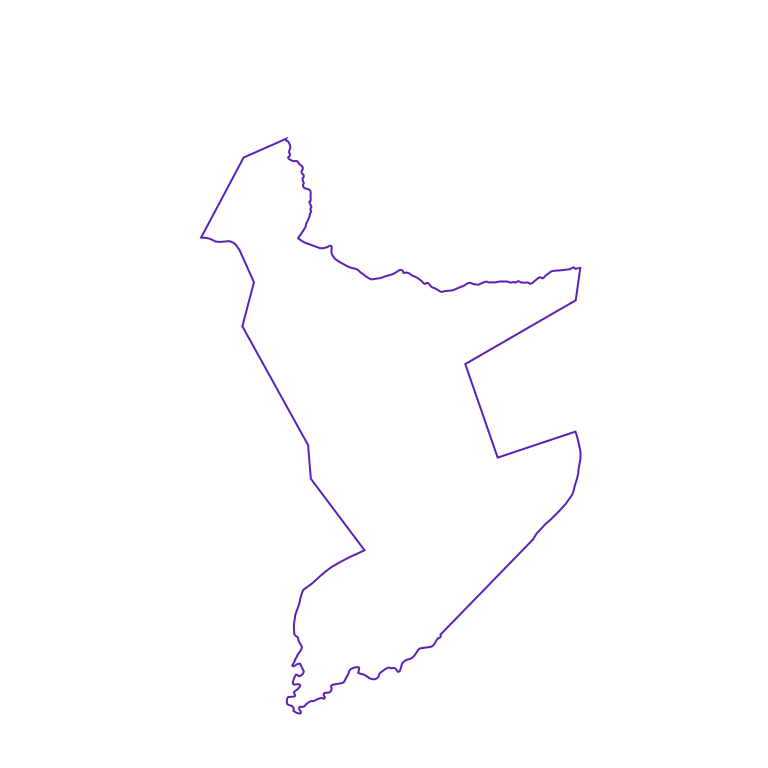 Chinacla, La Paz, Honduras, rotated 244°
{"feature_id": "27666195B76416581203448", "entity_name": "Chinacla", "entity_type": "district", "adm_level": 2, "iso_a3": "HND", "parent_name": "Honduras", "parent_adm1": "La Paz", "projection": "natural_earth1", "projection_center": [-87.961, 14.181], "detail": "fine", "context": "isolated", "style": "outline", "palette": "violet", "viewbox_px": 768, "rotation_deg": 244, "n_neighbors": 0, "source": "geoboundaries", "source_scale": "gbopen_adm2", "svg_char_len": 6166}
<svg xmlns="http://www.w3.org/2000/svg" viewBox="0 0 768 768"><g transform="rotate(244 384 384)"><path d="M647.3,403.5L649.1,357.1L595.8,283.8L595.0,285.0L594.0,286.9L592.9,288.6L591.5,290.5L587.3,294.1L585.9,295.0L583.5,299.1L582.3,302.1L580.6,306.8L579.4,308.5L576.7,310.8L573.5,312.0L569.6,312.5L568.3,312.9L532.5,311.7L497.9,282.0L362.2,289.0L357.8,287.2L330.9,276.7L243.1,293.6L243.5,276.5L243.2,266.7L242.5,256.6L241.1,249.1L238.9,240.8L236.3,232.2L234.4,221.1L229.8,216.4L223.1,211.0L218.5,206.2L215.3,203.0L206.8,197.3L205.7,196.7L200.2,194.4L198.2,193.7L196.3,194.2L194.9,195.2L194.2,195.3L193.2,195.2L191.1,194.8L190.1,194.7L184.0,195.0L183.0,194.6L182.2,193.8L180.6,191.6L179.7,190.0L178.8,188.0L177.1,186.2L175.8,183.9L174.7,182.9L174.2,182.4L173.5,181.5L171.5,178.5L171.1,178.2L170.7,178.1L170.4,178.3L170.1,178.6L169.9,179.2L169.9,180.4L170.2,182.3L170.2,183.4L169.9,184.9L169.4,185.9L168.6,186.0L164.1,185.9L161.9,186.0L160.9,185.9L160.4,185.6L159.7,184.9L159.1,183.9L158.6,182.3L158.4,180.7L158.5,180.0L158.8,179.5L161.3,177.8L161.3,177.3L160.9,176.5L159.1,174.4L156.6,171.9L155.6,171.2L154.4,170.9L153.8,171.0L153.2,171.5L152.8,172.5L152.0,174.8L151.2,176.1L150.8,176.5L150.3,176.6L149.9,176.6L149.5,176.3L148.7,175.3L147.8,173.2L147.4,172.0L147.0,169.6L146.4,167.9L146.0,167.7L143.2,167.6L142.9,167.5L142.6,167.2L142.5,166.6L142.6,165.8L143.5,163.4L144.5,161.4L144.6,160.6L144.3,159.8L143.9,159.3L142.7,158.4L141.1,157.4L139.4,156.7L138.6,156.7L137.2,157.8L135.3,159.8L134.7,160.2L133.5,160.5L132.4,160.6L131.6,160.6L130.1,159.3L128.0,160.4L126.5,161.6L125.3,162.9L124.7,164.0L124.7,164.4L124.8,164.9L125.3,165.4L126.4,165.6L127.7,165.2L128.9,165.3L130.1,165.7L130.5,166.1L130.7,166.5L130.8,166.9L130.6,167.4L129.9,168.3L129.6,169.0L129.2,170.7L129.4,171.7L130.3,173.7L130.9,176.3L131.1,177.9L131.0,179.5L130.8,180.2L130.1,181.2L129.8,181.9L129.9,185.8L129.6,189.5L129.1,190.5L128.2,191.1L127.7,191.6L127.5,192.1L127.5,192.6L127.8,193.2L128.5,193.5L129.1,193.6L130.3,193.3L131.2,193.4L131.8,193.9L132.3,194.6L132.3,195.4L130.8,199.4L130.8,200.1L131.0,200.9L131.7,202.2L132.8,203.2L133.7,203.6L134.8,203.6L135.4,203.8L136.0,204.4L136.2,205.3L136.2,205.8L135.9,207.2L133.8,214.4L133.5,216.0L133.6,216.9L133.9,217.6L134.5,218.5L136.4,221.0L138.9,224.6L139.6,225.4L140.8,226.4L141.6,227.3L142.1,228.6L142.3,230.5L142.2,232.7L141.7,234.5L141.1,236.0L140.4,236.9L139.8,237.2L139.4,237.1L138.6,236.6L135.9,234.3L135.5,234.2L134.0,235.7L132.1,238.0L131.3,238.8L129.3,240.1L126.6,241.5L125.5,242.3L123.6,244.5L122.8,245.8L122.6,246.7L122.6,248.5L122.8,249.4L123.2,250.4L123.8,251.3L124.8,251.9L125.1,252.2L125.8,253.3L126.2,254.5L127.1,259.4L127.4,263.0L127.2,263.5L126.7,264.3L125.1,266.2L124.8,267.7L124.3,268.5L123.8,269.1L123.3,269.5L122.7,269.7L119.6,270.1L119.0,270.7L118.9,271.5L119.1,272.2L119.6,272.9L124.3,277.3L125.0,278.2L125.5,279.1L125.9,280.5L126.1,282.0L126.0,284.4L125.5,287.2L125.5,288.4L125.7,289.8L126.0,290.8L126.7,292.4L127.8,294.5L129.7,297.5L130.1,298.4L130.5,299.7L130.5,300.6L130.2,301.7L127.4,310.3L127.2,311.9L127.3,313.2L127.7,314.3L128.3,315.4L130.6,318.8L131.5,320.6L131.7,321.4L131.5,322.9L131.7,323.6L132.7,324.6L133.2,324.8L134.0,324.9L178.8,449.3L182.7,455.6L184.7,461.0L187.3,467.5L189.2,474.8L193.2,486.2L196.6,494.8L202.1,504.8L205.3,507.9L208.9,510.9L213.7,515.4L218.5,519.4L221.7,521.2L231.0,528.0L236.7,530.8L241.5,532.1L248.8,533.8L252.3,534.5L257.3,535.2L268.0,453.9L366.3,465.8L375.2,593.0L402.2,611.3L403.0,609.0L403.6,606.6L403.9,606.4L405.7,605.7L405.8,603.4L405.7,601.2L409.1,591.7L411.0,587.1L411.8,584.5L411.8,583.0L411.0,579.2L410.7,577.3L410.3,576.0L409.6,574.4L409.4,573.5L409.4,573.0L409.7,572.5L409.9,572.3L410.6,572.0L411.2,571.4L411.6,570.8L411.7,570.3L411.5,568.8L410.9,565.8L409.8,561.9L409.7,560.7L409.8,559.9L410.1,559.3L410.4,558.9L410.8,558.6L411.6,558.4L412.2,557.8L412.5,557.1L412.8,556.0L415.0,551.9L417.6,549.9L417.5,546.8L419.2,544.4L419.3,543.3L419.5,542.2L421.7,540.2L422.6,538.8L425.4,533.0L426.3,529.6L426.9,527.6L428.2,525.4L429.4,522.7L429.8,522.2L430.8,521.5L431.3,520.4L431.7,518.4L431.8,514.3L431.9,512.4L432.0,512.0L434.8,508.0L436.6,506.4L437.2,505.7L437.6,504.8L437.8,503.8L437.8,502.2L437.3,498.8L437.8,492.8L437.9,489.6L438.1,487.1L438.5,485.5L440.9,479.2L441.1,478.4L441.2,477.0L441.4,476.5L441.8,475.8L442.5,475.2L448.1,471.4L449.9,469.5L455.2,468.0L455.8,467.3L456.1,466.6L456.2,466.1L455.9,465.4L456.0,464.8L456.3,464.4L456.9,463.9L457.9,463.4L459.4,463.2L464.8,460.6L469.5,456.6L471.4,455.7L472.7,454.9L473.6,454.1L474.2,453.1L474.8,451.7L475.3,450.2L476.2,450.5L477.3,450.5L478.3,450.1L479.0,449.4L479.4,448.6L479.6,447.6L479.0,443.0L478.9,440.3L479.3,437.2L480.3,431.9L480.5,428.5L480.8,427.2L482.5,421.6L483.5,418.7L484.0,418.0L485.8,416.7L489.2,414.5L491.6,413.6L494.8,411.7L497.3,410.9L498.4,410.4L499.2,409.7L500.5,408.3L503.0,405.2L505.8,402.7L513.3,397.4L517.5,395.0L518.6,394.6L520.6,394.3L522.7,394.1L524.7,394.2L525.5,394.5L530.5,397.2L530.8,397.2L531.2,397.1L531.7,396.4L532.0,395.7L532.0,394.9L531.9,393.0L532.5,389.6L533.3,387.5L534.3,385.9L546.1,374.5L549.9,372.1L552.6,370.8L552.9,370.9L553.4,371.6L555.2,375.2L559.4,382.1L560.0,382.7L561.4,383.7L562.4,384.5L564.7,387.6L566.5,389.7L567.4,390.6L569.6,392.2L570.5,393.6L570.9,394.1L571.6,394.4L572.7,394.2L573.5,394.5L574.1,395.1L574.6,396.1L575.1,396.4L580.3,396.6L580.6,396.9L580.6,397.9L580.9,398.3L582.6,399.3L585.5,400.5L587.6,401.8L588.7,402.2L590.0,402.5L591.3,402.1L592.6,401.0L593.8,399.5L594.7,398.6L595.8,398.1L596.9,397.9L597.5,398.1L598.5,398.6L598.9,399.0L599.4,399.8L599.7,400.0L601.9,400.1L603.5,400.5L604.3,400.8L604.7,401.2L605.0,402.1L605.3,402.5L605.7,402.9L606.5,403.2L607.6,403.3L608.9,402.7L609.6,402.6L611.0,402.8L611.5,403.2L612.0,404.3L612.6,405.0L613.9,405.8L614.8,405.9L616.4,405.5L618.8,404.3L620.8,404.1L622.5,403.5L623.1,402.8L623.6,400.9L624.5,399.7L626.9,397.8L628.2,397.1L628.8,397.0L629.4,397.1L629.8,397.4L630.0,397.8L630.0,398.8L630.8,399.6L631.5,400.1L632.2,400.3L633.6,400.2L634.2,400.4L635.8,401.6L637.1,403.2L638.0,403.8L640.6,404.3L643.3,404.2L644.3,404.0L645.5,402.9L646.3,402.7L646.9,402.9L647.3,403.5Z" fill="none" stroke="#5b21b6" stroke-width="2"/></g></svg>